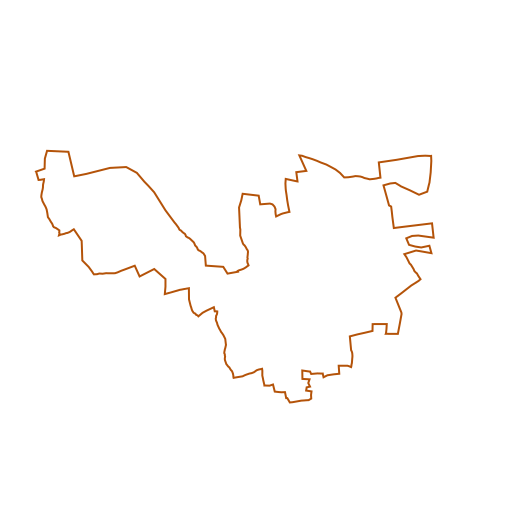 Cuncunul, Yucatán, Mexico (Robinson projection), rotated 76°
{"feature_id": "50627088B4763987970493", "entity_name": "Cuncunul", "entity_type": "district", "adm_level": 2, "iso_a3": "MEX", "parent_name": "Mexico", "parent_adm1": "Yucatán", "projection": "robinson", "projection_center": [-88.345, 20.622], "detail": "fine", "context": "isolated", "style": "outline", "palette": "amber", "viewbox_px": 512, "rotation_deg": 76, "n_neighbors": 0, "source": "geoboundaries", "source_scale": "gbopen_adm2", "svg_char_len": 6041}
<svg xmlns="http://www.w3.org/2000/svg" viewBox="0 0 512 512"><g transform="rotate(76 256 256)"><path d="M103.4,433.3L110.4,437.3L120.1,440.0L120.9,449.0L121.2,448.9L124.0,448.8L128.9,448.6L129.6,448.6L129.9,447.0L130.2,443.1L131.6,443.6L132.1,443.8L133.0,444.2L134.1,444.8L135.4,445.4L136.7,445.8L137.8,446.1L139.7,446.9L142.5,448.4L144.8,449.4L145.6,449.7L146.9,450.1L148.8,449.9L150.2,449.9L150.9,449.9L151.9,449.7L155.2,448.9L156.2,448.6L156.9,448.4L158.6,448.1L160.2,447.9L162.2,448.0L163.9,448.1L166.9,448.4L167.9,448.5L168.3,448.4L169.9,447.7L172.4,447.0L173.7,446.6L175.2,446.0L177.2,445.7L177.9,445.7L179.1,445.2L179.7,444.4L180.4,443.4L181.5,442.4L182.4,441.6L183.6,440.6L185.0,441.0L185.6,441.3L186.5,441.2L187.0,441.4L187.9,442.0L188.3,442.2L188.0,440.3L188.1,438.8L188.1,437.8L188.1,436.3L187.9,435.3L187.9,434.1L188.0,433.6L187.8,431.9L187.5,430.5L186.6,428.2L186.1,426.6L186.0,426.3L199.1,421.5L203.9,422.5L218.3,425.6L226.1,421.0L231.5,418.8L233.1,418.3L234.6,417.7L235.2,414.6L235.1,412.3L236.1,409.1L236.4,405.8L237.3,402.3L238.2,398.9L238.6,396.9L238.4,394.3L237.7,390.2L237.4,387.2L236.1,376.0L247.7,373.9L244.0,357.9L256.4,349.4L264.0,351.3L270.9,353.7L270.7,345.8L270.4,337.8L270.5,337.4L270.7,333.3L271.0,328.9L281.9,331.5L287.9,331.5L288.3,331.5L288.6,331.5L289.3,331.4L290.5,331.3L291.6,331.3L292.9,331.2L293.5,331.1L294.0,331.0L294.7,330.7L295.7,330.4L296.6,329.7L297.3,328.7L298.2,328.5L298.6,328.3L299.3,327.3L299.9,326.8L300.6,326.5L298.2,321.6L297.1,317.4L295.5,309.3L299.7,309.4L300.2,307.5L300.4,307.0L300.8,307.1L302.0,307.5L302.9,307.9L304.3,309.0L304.6,309.3L305.2,309.4L305.9,309.6L307.0,310.2L307.6,310.3L308.7,310.4L309.0,310.4L311.4,310.0L311.8,310.0L313.1,310.0L313.3,310.0L314.5,309.8L316.1,309.5L317.2,309.3L317.7,309.2L318.9,308.8L321.4,308.2L322.4,307.7L323.5,307.3L324.9,306.8L325.8,306.6L326.7,306.4L328.0,306.1L329.1,305.9L334.4,306.6L334.9,306.6L335.5,306.9L336.3,307.3L336.7,307.5L337.5,307.9L338.4,308.4L339.2,308.9L340.2,309.3L340.7,309.6L342.5,310.3L343.4,310.1L344.2,310.1L345.0,310.3L346.1,310.3L346.8,310.6L347.7,311.0L348.2,311.1L349.1,311.3L349.8,311.3L353.9,310.9L354.6,310.5L355.6,310.1L356.5,309.7L357.7,308.8L358.9,308.5L359.8,308.2L360.3,308.0L360.9,307.8L361.4,307.4L362.2,307.1L364.7,306.8L365.4,306.9L366.5,306.9L367.9,307.2L368.8,307.2L368.9,305.4L369.5,298.1L369.1,296.3L368.9,295.2L368.7,293.5L368.6,292.1L368.5,291.3L368.5,290.2L368.6,288.6L368.4,287.0L368.3,286.2L367.9,285.1L367.4,284.0L367.0,282.9L366.8,280.6L366.9,279.0L366.9,277.4L368.9,277.6L373.5,278.8L376.7,278.9L378.0,279.0L383.2,279.1L383.7,279.2L384.3,277.0L385.1,274.2L384.8,270.6L387.2,270.6L389.9,270.6L392.1,270.6L392.9,268.5L393.7,266.3L394.4,264.2L395.1,260.8L401.2,261.1L401.5,260.0L406.3,258.6L406.7,255.9L407.3,247.0L408.0,243.1L408.0,242.8L408.6,239.8L407.7,236.9L404.1,236.2L400.8,234.9L398.7,239.9L395.7,238.6L395.8,235.2L392.6,235.9L391.9,236.0L388.6,233.9L386.5,240.7L383.5,240.0L378.3,238.8L380.1,234.4L381.1,231.9L381.2,231.5L383.8,231.0L384.8,224.8L384.9,224.4L386.2,219.9L386.2,219.7L390.0,219.8L389.0,215.5L389.1,214.6L389.6,209.3L390.4,203.7L382.5,202.3L384.6,193.8L385.5,192.3L386.8,190.6L386.3,190.3L385.3,189.9L384.8,189.7L384.2,189.5L383.8,189.2L382.9,188.8L381.4,188.3L378.7,187.4L377.9,187.1L376.3,186.6L374.1,186.2L372.8,186.1L371.6,186.2L370.4,186.5L356.7,184.4L356.6,176.4L356.8,168.8L356.8,168.3L356.9,161.1L350.3,159.3L351.2,155.6L353.7,145.6L358.8,147.2L362.5,148.6L362.9,148.9L365.9,137.2L356.6,132.9L347.5,128.8L346.0,128.6L330.2,130.8L327.4,124.2L322.2,112.5L319.5,104.3L318.3,102.0L316.4,102.7L314.4,103.4L311.8,104.1L310.8,104.9L308.8,106.0L307.0,106.2L303.8,107.2L301.9,107.8L300.4,108.8L298.0,109.3L293.6,110.3L290.1,111.6L289.4,99.4L291.2,95.2L295.7,85.1L288.0,85.3L287.7,93.6L285.3,99.3L282.2,104.8L275.2,105.9L274.3,99.7L275.4,93.6L281.2,79.2L279.5,79.0L277.3,78.7L266.9,77.3L263.4,105.5L262.2,115.5L255.1,114.7L250.8,114.2L245.8,113.5L240.7,112.9L239.1,114.7L238.3,114.7L229.7,114.9L218.3,115.2L218.1,108.2L218.8,103.1L221.1,100.8L222.4,99.5L223.5,98.5L226.3,94.9L229.4,90.9L236.0,83.0L235.0,74.3L228.7,71.0L226.7,69.9L217.2,66.3L206.2,62.9L201.3,61.9L201.3,62.0L199.6,67.6L198.2,74.7L197.5,84.8L196.7,96.2L195.1,112.2L194.9,114.2L210.1,116.3L210.0,117.1L209.9,118.2L209.9,120.4L209.7,122.7L209.1,127.1L207.9,129.3L206.6,131.9L205.2,133.7L204.1,135.6L203.2,138.0L202.5,140.2L202.4,142.6L201.9,147.5L201.1,151.4L195.7,154.4L191.3,157.9L187.9,161.6L184.3,165.6L180.9,170.6L178.5,173.7L175.8,177.6L173.7,181.0L172.1,183.8L169.9,187.0L168.9,189.6L185.6,186.6L184.4,196.6L186.0,196.8L193.7,197.7L193.5,198.2L193.3,198.5L193.0,199.2L192.5,200.2L188.4,208.5L192.7,209.9L197.8,210.9L199.8,211.2L204.2,211.6L209.4,212.2L214.5,212.6L221.3,212.9L221.2,214.6L221.2,217.6L221.2,219.6L221.4,221.7L221.8,223.6L222.5,226.9L220.0,226.8L217.5,226.4L215.3,225.7L212.5,226.1L209.9,227.5L208.5,229.8L206.9,239.4L198.1,238.8L192.4,253.9L198.4,256.8L204.8,260.7L224.6,264.7L226.5,264.8L232.4,266.4L240.4,265.7L240.6,265.7L240.9,265.6L241.9,265.3L242.8,264.6L243.3,264.4L244.6,263.9L245.7,263.6L247.1,263.3L248.0,262.9L248.9,262.7L249.6,262.7L250.5,262.9L251.5,263.3L252.5,263.6L255.4,264.7L255.9,264.7L256.7,264.7L257.5,265.3L258.8,265.7L259.3,265.8L260.5,265.9L262.4,265.6L263.3,265.5L263.6,266.2L264.0,267.4L264.4,268.1L264.7,269.1L265.0,269.9L265.4,271.4L265.6,273.0L265.7,274.2L265.7,274.9L265.8,276.1L266.1,277.4L266.9,277.3L266.2,287.9L258.6,290.4L253.2,307.0L243.7,305.4L240.9,306.3L240.3,306.7L239.6,307.4L238.5,308.2L237.4,309.2L236.9,309.9L236.4,310.5L235.8,310.7L235.5,310.9L233.9,311.1L233.4,311.3L232.6,311.5L231.8,312.1L231.0,312.5L230.2,312.6L229.4,312.7L227.9,313.0L227.5,313.2L223.4,315.8L222.1,316.9L221.5,317.8L219.9,319.2L218.4,319.3L217.2,319.7L216.6,320.3L215.4,321.3L214.5,321.9L213.3,322.5L212.1,323.8L211.1,324.1L209.9,324.3L205.7,326.0L203.7,327.0L189.8,332.8L169.5,339.4L161.8,343.5L156.8,346.4L146.5,351.5L138.3,360.4L135.2,376.4L135.3,400.6L134.8,411.5L134.7,413.1L133.5,413.1L109.5,412.8L103.4,433.3Z" fill="none" stroke="#b45309" stroke-width="2"/></g></svg>